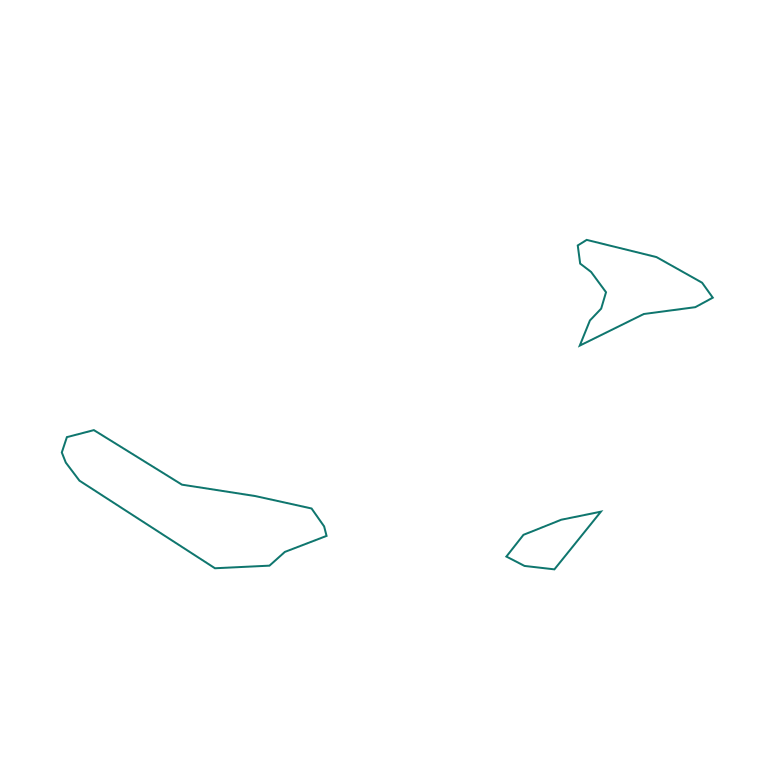 an SVG outline of Comoros, rotated 299°
{"feature_id": "COM", "entity_name": "Comoros", "entity_type": "country or territory", "adm_level": 0, "iso_a3": "COM", "parent_name": "Africa", "parent_adm1": "", "projection": "equal_earth", "projection_center": [43.859, -11.868], "detail": "fine", "context": "isolated", "style": "outline", "palette": "teal", "viewbox_px": 768, "rotation_deg": 299, "n_neighbors": 0, "source": "natural_earth", "source_scale": "50m", "svg_char_len": 588}
<svg xmlns="http://www.w3.org/2000/svg" viewBox="0 0 768 768"><g transform="rotate(299 384 384)"><path d="M230.4,400.7L223.3,407.4L189.1,378.7L169.6,371.9L140.9,325.5L151.8,164.5L161.0,143.8L167.9,135.4L183.8,132.4L203.0,152.6L198.0,256.1L223.6,325.8L240.0,381.0L230.4,400.7ZM608.3,491.4L627.1,560.8L626.8,613.1L618.9,629.7L602.1,619.0L571.2,577.3L512.5,536.6L539.4,533.3L555.2,537.4L571.9,533.7L582.4,510.8L584.4,497.2L599.1,486.3L608.3,491.4ZM351.2,604.8L377.5,635.6L304.5,622.9L293.0,595.1L292.4,574.7L319.7,579.1L351.2,604.8Z" fill="none" stroke="#0f766e" stroke-width="2"/></g></svg>